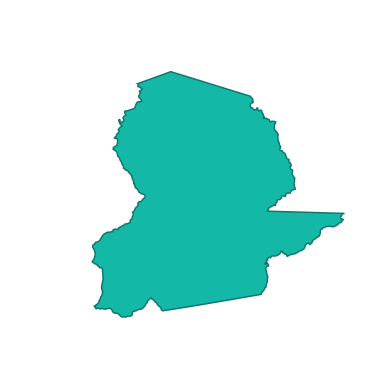 Orito, Putumayo, Colombia, rotated 248°
{"feature_id": "7082276B12408702465478", "entity_name": "Orito", "entity_type": "district", "adm_level": 2, "iso_a3": "COL", "parent_name": "Colombia", "parent_adm1": "Putumayo", "projection": "robinson", "projection_center": [-76.952, 0.681], "detail": "fine", "context": "isolated", "style": "filled", "palette": "teal", "viewbox_px": 384, "rotation_deg": 248, "n_neighbors": 0, "source": "geoboundaries", "source_scale": "gbopen_adm2", "svg_char_len": 6027}
<svg xmlns="http://www.w3.org/2000/svg" viewBox="0 0 384 384"><g transform="rotate(248 192 192)"><path d="M71.2,217.7L72.9,219.5L74.0,221.8L75.6,223.5L76.3,225.1L78.5,226.3L80.4,228.0L81.6,228.6L82.0,228.6L82.7,228.9L84.2,230.0L84.6,230.4L85.8,230.7L88.3,230.6L90.4,231.4L92.6,231.4L94.0,231.9L95.1,233.6L94.7,234.3L94.7,234.9L95.2,235.6L98.2,235.2L97.8,234.3L97.7,233.7L97.8,232.8L98.3,232.6L99.2,234.8L100.1,234.9L100.5,235.8L100.5,236.6L102.0,236.6L102.0,237.7L102.6,238.0L102.6,238.9L101.7,240.2L102.5,241.5L102.7,242.4L102.6,242.9L102.2,243.4L101.6,244.8L101.3,246.0L101.3,247.4L101.8,250.1L102.1,250.7L103.5,252.0L103.6,253.1L103.2,253.7L102.9,253.7L102.0,253.1L100.9,254.0L99.9,254.5L99.5,255.5L98.6,256.0L96.7,256.2L96.9,259.2L97.3,260.7L97.2,261.1L96.7,261.4L96.7,262.2L96.2,264.4L96.3,266.6L96.6,266.9L96.8,267.9L96.8,272.2L97.7,275.1L100.2,277.1L101.0,278.7L101.2,280.5L99.2,281.7L100.0,284.1L101.8,285.7L102.2,287.2L102.4,289.0L103.3,291.7L103.4,293.3L104.8,294.9L108.4,296.7L108.7,297.2L109.1,299.1L109.5,299.8L109.7,303.3L108.5,307.2L107.1,309.3L106.7,310.6L107.0,314.1L108.1,317.2L108.2,318.2L107.9,318.5L108.1,319.2L108.8,320.1L109.8,322.0L110.5,321.6L110.9,320.8L111.7,320.0L112.3,320.0L112.9,320.3L113.9,321.7L114.8,322.4L115.4,323.4L115.0,325.4L145.9,254.9L146.6,255.4L147.2,256.4L148.3,257.2L148.6,257.8L148.7,259.7L149.1,262.7L148.4,264.2L150.2,265.7L150.9,267.0L152.4,267.9L152.6,268.3L152.7,269.0L152.3,269.8L152.2,270.5L152.8,272.8L154.9,273.6L154.9,274.2L154.5,275.0L153.1,276.3L153.0,276.9L153.7,277.7L154.8,278.2L155.2,278.8L155.3,279.6L155.1,280.6L154.2,282.6L155.5,284.0L156.3,285.4L155.9,288.6L156.5,289.1L158.4,289.0L162.0,289.9L163.8,291.2L165.3,291.7L166.3,292.5L167.5,292.0L168.9,291.9L170.3,291.4L172.1,291.7L173.0,292.7L174.2,293.4L175.2,293.0L176.1,292.1L176.9,292.0L177.8,292.0L178.2,292.3L178.9,292.9L179.1,293.7L179.9,294.0L182.4,294.0L183.1,293.3L183.8,293.2L184.6,293.3L185.4,294.0L186.2,293.8L187.4,292.6L189.0,292.4L190.9,292.7L193.1,292.6L193.5,292.3L193.7,291.8L194.2,291.3L196.3,291.2L196.6,290.4L197.2,290.0L197.6,289.4L198.6,289.2L199.0,289.4L199.9,290.6L200.6,291.1L202.4,290.7L204.6,291.2L207.5,291.2L210.0,291.9L212.0,292.7L212.8,293.4L213.2,293.5L214.4,292.9L215.2,293.2L218.1,292.2L218.6,291.9L219.2,291.9L220.7,292.6L221.9,292.7L222.6,293.1L224.1,294.3L224.8,295.5L225.5,295.8L226.0,295.5L227.1,293.9L227.6,292.7L228.0,290.6L228.5,290.3L229.6,290.7L230.4,290.5L232.7,288.1L233.1,286.8L233.5,286.0L234.1,286.2L234.3,287.0L234.6,287.2L236.3,286.8L237.5,287.1L239.7,286.7L241.7,287.0L242.3,286.1L242.1,284.3L242.5,283.8L243.5,283.8L244.9,284.4L245.2,284.3L245.5,283.7L244.4,282.4L244.8,280.7L245.9,279.8L247.5,279.3L248.0,278.8L248.2,278.3L248.5,278.0L250.5,278.4L251.7,279.3L252.1,280.1L252.1,282.1L253.0,282.6L255.6,283.1L258.3,282.1L258.8,282.1L311.5,217.4L312.8,182.5L312.6,182.8L311.8,182.8L310.7,181.4L310.1,181.3L308.9,182.6L306.4,184.5L305.6,183.6L305.5,182.0L305.0,180.9L304.5,180.8L303.9,181.5L303.5,181.6L302.6,180.4L300.6,178.3L299.4,178.3L296.9,179.4L295.1,179.4L294.9,179.1L295.0,178.2L295.8,176.7L295.7,174.8L295.2,174.0L294.4,173.1L291.5,170.5L291.1,169.8L291.4,163.1L292.0,160.3L292.0,159.8L291.5,159.4L290.5,159.3L289.5,159.5L289.0,159.8L288.4,159.7L287.5,156.9L286.8,156.0L285.9,155.8L284.5,155.8L283.2,155.3L283.1,153.4L282.5,152.9L282.7,152.4L283.9,151.6L285.9,152.2L286.4,151.9L286.3,151.3L285.0,150.7L281.5,150.9L279.6,151.8L279.2,151.3L278.7,149.2L277.7,147.3L277.1,146.9L275.9,147.2L275.1,146.9L274.5,146.1L274.0,144.3L273.5,143.6L271.9,142.5L271.7,141.4L271.2,140.3L270.7,140.4L269.9,142.1L269.2,142.6L268.0,142.5L266.3,141.8L263.7,140.0L263.0,138.2L262.8,135.9L261.2,134.9L260.8,135.0L259.2,136.4L258.1,137.0L256.3,137.4L254.9,136.8L253.0,136.6L250.7,137.6L248.3,137.3L245.9,137.9L244.0,137.5L241.6,138.2L239.9,137.4L236.8,139.0L236.4,139.4L236.1,140.1L235.6,140.6L235.2,140.7L234.0,140.5L232.9,141.3L231.5,141.5L229.3,142.3L228.1,141.8L225.8,141.6L224.5,142.2L223.6,141.6L221.7,141.1L221.3,141.9L220.8,141.9L219.8,141.1L218.3,141.6L217.6,141.0L215.3,142.3L213.8,142.8L212.1,142.6L210.9,143.5L209.9,143.9L209.3,144.5L208.0,146.4L207.2,146.8L206.1,147.0L204.9,146.7L204.4,146.2L204.2,144.8L203.7,143.6L202.4,141.8L202.3,141.1L202.7,139.4L202.6,138.5L202.3,138.1L201.5,137.4L200.7,137.7L199.8,136.8L199.2,135.9L198.7,134.4L197.4,132.5L196.1,131.6L195.6,129.4L194.9,129.2L194.0,129.4L193.0,129.1L191.2,127.3L190.2,126.9L189.3,124.8L188.6,123.8L187.4,123.6L186.9,123.2L186.8,122.2L186.8,120.0L187.2,118.7L187.3,117.3L186.7,116.1L186.5,112.4L186.1,110.2L185.9,109.9L184.8,109.4L184.9,108.9L186.1,107.5L186.6,106.3L186.3,104.4L185.2,104.2L184.8,103.7L185.6,102.3L185.3,101.2L185.3,100.5L186.3,99.3L186.3,98.1L186.1,95.6L185.8,94.3L185.0,92.6L183.6,91.1L182.8,89.6L181.8,88.7L181.2,87.3L181.1,86.7L181.4,86.0L181.2,85.1L181.4,83.6L179.8,81.2L180.0,80.5L179.9,80.1L179.1,79.6L178.1,79.3L174.9,79.7L173.5,79.6L171.1,79.1L169.9,78.7L166.8,76.2L165.5,74.7L165.1,73.6L164.6,73.4L163.7,73.7L163.0,74.6L162.1,74.8L161.6,75.8L160.8,75.9L159.9,76.8L158.9,77.0L158.2,77.5L156.3,78.1L155.5,79.8L155.0,80.3L153.7,80.1L152.5,79.5L149.0,78.5L144.8,77.0L141.7,75.2L140.6,74.2L139.4,73.7L138.2,72.7L135.6,71.9L133.1,72.1L132.4,71.1L131.3,70.9L130.2,70.0L128.8,68.2L128.8,67.9L127.2,66.9L126.0,65.2L125.4,65.0L123.8,63.0L122.7,58.6L121.7,59.0L120.3,59.1L119.6,59.4L119.7,61.0L119.0,62.0L118.2,62.7L117.6,64.3L117.4,65.6L116.5,66.6L115.7,68.1L115.5,70.9L114.9,72.5L114.4,73.0L112.9,73.5L110.2,73.7L109.0,74.7L108.4,75.4L107.9,76.7L106.7,78.0L105.7,78.6L104.6,78.9L102.5,79.9L101.4,82.9L100.9,83.7L100.9,85.4L100.7,86.8L100.0,88.3L100.1,89.9L101.3,91.1L102.0,91.3L102.8,91.9L103.1,92.3L103.2,93.2L102.8,96.1L103.1,97.1L103.1,98.1L103.0,99.4L102.4,101.0L102.5,101.9L104.0,105.9L105.8,107.6L106.3,109.1L107.3,109.6L108.8,113.1L109.5,114.1L108.7,114.6L108.0,114.6L106.5,115.8L104.8,116.5L103.7,116.6L103.1,117.3L102.5,117.6L101.1,117.7L98.7,118.4L96.9,119.8L96.1,119.8L94.4,119.4L92.8,120.3L84.7,155.6L71.2,217.7Z" fill="#14b8a6" stroke="#0f766e" stroke-width="1.5"/></g></svg>